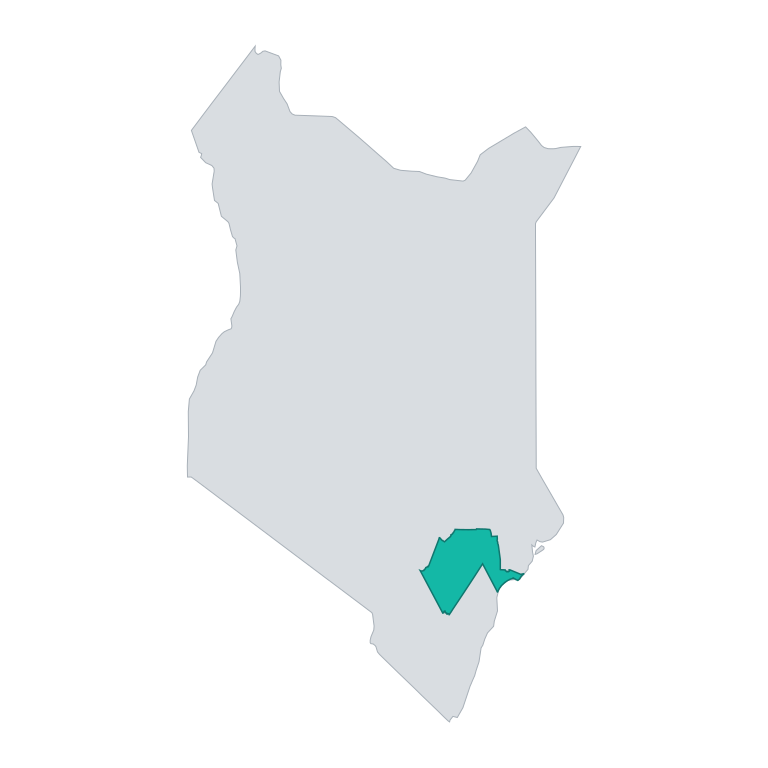 location of Garsen, Coast, Kenya
{"feature_id": "3690345B81879504162306", "entity_name": "Garsen", "entity_type": "district", "adm_level": 2, "iso_a3": "KEN", "parent_name": "Kenya", "parent_adm1": "Coast", "projection": "equal_earth", "projection_center": [39.873, -2.426], "detail": "fine", "context": "in_parent", "style": "filled", "palette": "teal", "viewbox_px": 768, "rotation_deg": 0, "n_neighbors": 0, "source": "geoboundaries", "source_scale": "gbopen_adm2", "svg_char_len": 6800}
<svg xmlns="http://www.w3.org/2000/svg" viewBox="0 0 768 768"><path d="M187.5,477.0L187.3,465.7L188.5,436.9L188.3,411.6L189.4,399.0L194.0,390.9L196.2,385.1L197.7,377.0L200.2,370.3L205.7,364.9L206.6,361.9L212.5,352.9L216.0,341.3L218.6,337.4L221.9,333.7L224.2,331.8L228.1,329.9L231.1,328.8L231.6,327.9L231.9,326.0L230.9,318.8L232.2,316.4L234.2,311.6L236.5,307.2L238.7,304.3L239.8,301.4L240.4,296.3L240.5,292.7L240.5,286.9L239.8,273.6L237.4,262.4L235.8,250.0L237.0,245.9L235.0,238.6L234.1,238.2L232.5,236.6L230.5,229.7L229.0,223.4L228.0,221.8L221.4,216.3L218.2,203.4L214.5,200.5L212.5,187.6L212.1,184.0L214.2,171.1L214.0,168.2L211.8,165.5L205.7,162.7L200.6,157.4L201.3,155.6L201.7,153.6L199.0,152.3L191.4,130.4L201.3,117.2L211.4,103.8L224.2,87.0L236.0,71.4L246.2,58.0L255.2,46.1L255.0,48.4L255.0,51.4L256.2,53.2L258.0,54.5L260.6,53.2L262.9,51.3L265.1,50.9L278.6,55.9L280.9,60.2L280.8,64.9L281.3,68.3L280.3,71.7L279.1,82.0L279.5,91.4L283.5,98.4L287.1,103.9L290.0,111.6L292.2,114.0L295.1,115.2L304.4,115.5L318.3,116.0L331.6,116.5L332.8,116.7L335.6,117.7L347.9,128.1L359.1,137.6L368.6,145.9L377.8,154.0L386.8,161.8L393.7,168.3L400.6,170.3L411.7,171.2L419.4,171.5L426.5,174.2L437.1,176.8L445.0,178.1L449.8,179.6L463.1,181.1L465.2,180.2L471.1,173.0L477.6,161.3L480.2,154.8L488.6,148.4L503.5,139.5L514.0,133.2L525.6,126.9L530.9,132.4L538.2,141.2L541.5,145.5L544.1,147.5L548.1,148.7L552.9,148.8L555.5,148.6L560.9,147.4L573.5,146.4L580.7,146.5L574.7,158.2L567.4,172.2L554.0,198.0L543.9,211.5L536.2,221.8L535.5,223.6L535.5,235.1L535.6,263.0L535.8,319.0L535.9,375.0L536.1,430.9L536.2,458.9L536.2,468.3L542.9,480.1L549.5,491.5L558.3,506.8L563.0,514.9L563.7,517.6L563.5,523.1L556.3,534.5L550.4,539.7L542.5,542.1L540.1,541.7L537.0,540.0L535.8,542.8L534.9,547.0L533.1,546.1L531.8,544.9L532.6,552.4L533.4,556.2L532.2,561.2L528.4,565.6L528.0,569.3L519.7,579.1L507.9,580.2L501.7,585.0L498.9,589.0L496.8,597.7L497.5,610.9L494.3,621.2L493.6,626.3L487.5,632.9L484.8,639.0L482.8,645.2L481.1,647.9L479.0,661.8L476.2,670.2L475.4,673.0L474.7,675.6L472.5,680.5L471.1,683.9L470.1,686.1L462.9,707.7L457.3,717.5L452.9,716.4L450.0,720.1L449.6,721.9L448.1,720.9L444.4,717.4L436.9,710.0L429.3,702.7L421.7,695.4L414.2,688.0L406.6,680.7L399.0,673.4L391.5,666.1L383.9,658.7L379.5,654.4L377.5,651.9L376.0,646.8L375.2,645.6L373.2,644.0L370.8,643.6L370.2,642.7L370.2,640.2L371.0,636.7L373.8,630.0L374.1,626.0L373.5,621.5L372.6,614.3L371.9,612.7L366.9,608.9L356.4,601.0L345.9,593.1L335.4,585.2L324.8,577.3L314.3,569.4L303.8,561.5L293.3,553.6L282.8,545.7L272.3,537.8L261.8,529.9L251.3,522.0L240.8,514.1L230.3,506.2L219.7,498.3L209.2,490.4L198.7,482.5L194.8,479.6L191.2,477.0L187.5,477.0ZM537.0,553.8L535.1,554.4L536.1,550.6L541.5,545.7L543.7,546.8L544.1,547.9L544.0,548.9L543.0,549.9L537.0,553.8Z" fill="#d9dde1" stroke="#a8b0b8" stroke-width="1"/><path d="M439.3,537.7L438.7,539.7L428.7,565.9L428.6,566.0L428.4,566.0L428.3,566.5L428.2,566.6L428.0,566.9L427.9,566.9L427.7,566.8L427.7,566.7L427.5,566.8L427.4,566.7L427.3,566.8L427.2,566.9L426.9,567.0L426.7,567.3L426.4,567.4L426.2,567.5L425.9,567.5L425.7,567.7L425.7,567.8L425.6,568.0L425.5,568.4L425.4,568.5L425.2,568.8L425.0,569.0L424.9,569.2L424.7,569.3L424.7,569.5L424.3,569.8L424.2,569.8L424.1,570.0L423.9,570.3L423.7,570.4L423.7,570.5L423.4,570.5L423.2,570.7L422.8,570.8L422.5,570.9L422.3,571.0L422.0,571.0L421.6,571.0L421.3,571.1L421.1,571.0L421.0,570.9L420.8,570.9L420.7,570.9L420.6,570.7L420.4,570.7L420.2,570.6L442.4,612.4L442.5,612.4L442.6,612.5L442.7,613.0L442.9,613.2L443.0,613.2L443.1,612.9L443.0,612.7L443.2,612.4L443.5,612.3L443.7,612.2L443.9,612.1L444.0,611.8L444.1,611.5L444.2,611.3L444.3,611.3L444.6,611.1L444.9,611.0L445.0,611.0L445.2,611.6L445.3,612.0L445.3,612.3L445.3,612.5L445.6,612.4L445.7,612.5L445.7,612.8L445.8,612.9L446.0,612.7L446.3,612.9L446.5,613.2L446.7,613.6L446.8,613.7L446.8,614.0L447.0,614.1L447.1,613.9L447.3,613.5L447.5,613.5L447.6,613.8L448.0,613.9L448.3,613.7L448.5,613.8L448.7,614.0L448.8,614.1L449.1,614.0L449.4,614.0L449.5,614.0L449.5,614.3L449.6,614.2L449.9,613.6L451.0,612.1L452.5,609.7L463.6,593.0L474.3,576.7L482.6,563.8L496.8,590.8L497.1,591.5L497.2,591.8L497.4,592.0L497.6,592.0L497.7,591.9L497.8,591.6L498.1,591.0L498.9,589.4L499.3,588.7L499.7,588.0L500.2,587.4L500.3,587.3L500.8,586.6L500.9,586.4L500.9,586.2L501.0,586.2L502.5,584.6L502.8,584.4L503.7,583.5L504.2,583.0L504.6,582.8L504.7,582.7L504.8,582.6L504.8,582.4L505.0,582.3L505.3,582.2L506.2,581.5L507.0,581.0L507.5,580.6L508.9,579.9L509.4,579.6L509.9,579.3L510.3,579.2L511.1,578.9L512.1,578.6L512.6,578.5L513.5,578.5L513.7,578.4L513.3,578.1L513.2,578.0L513.2,577.9L513.3,577.9L513.6,578.1L513.8,578.2L514.0,578.4L514.5,578.7L514.6,578.8L515.1,579.0L515.4,579.1L515.6,579.2L515.7,579.3L515.8,579.4L515.9,579.5L516.0,579.7L516.2,579.8L516.4,579.8L516.9,580.0L517.2,580.0L517.3,580.1L517.5,580.2L517.6,580.3L517.8,580.4L518.2,580.1L518.4,580.0L518.5,579.9L518.7,579.7L519.4,579.1L519.6,578.9L519.8,578.7L519.9,578.4L520.3,577.7L520.8,576.9L521.4,576.1L521.7,575.7L522.0,575.5L522.1,575.4L522.4,575.1L522.7,574.8L524.2,573.6L523.1,573.8L522.4,574.0L522.2,574.0L520.8,574.3L520.7,574.3L509.8,569.8L509.7,569.8L509.9,570.0L509.9,570.3L509.8,570.5L509.6,570.6L509.4,570.7L509.4,570.8L509.3,571.0L509.0,571.0L508.9,571.0L508.9,571.3L508.7,571.3L508.3,571.4L508.1,571.6L508.1,571.8L507.9,571.8L507.7,571.8L507.4,571.7L507.2,571.6L506.9,571.7L506.8,571.3L506.6,571.4L506.4,571.4L506.2,571.3L506.1,571.1L505.9,571.0L505.8,570.9L505.7,570.8L505.4,570.7L505.1,570.2L505.1,569.9L500.5,569.7L500.3,569.6L500.3,559.8L500.2,559.4L500.2,559.0L498.4,545.6L498.3,545.3L498.2,544.8L498.1,544.3L497.8,543.7L497.6,543.3L497.7,542.6L497.7,542.4L497.7,542.2L497.6,541.9L497.2,541.0L497.1,540.7L497.1,540.3L497.2,539.7L497.3,539.3L497.3,538.7L497.2,536.9L497.2,536.2L491.5,536.5L491.5,536.1L491.3,534.8L491.1,533.2L490.9,532.5L490.2,530.2L489.8,529.7L489.7,529.5L485.3,529.1L480.8,529.0L476.5,528.9L476.1,529.6L473.2,529.6L468.7,529.7L460.1,529.6L455.2,529.4L455.2,529.6L454.9,530.0L454.7,530.4L454.6,530.5L454.4,530.8L454.0,531.7L453.9,531.9L453.8,532.0L453.6,532.2L453.4,532.4L453.3,532.6L453.2,532.8L452.9,533.1L452.9,533.3L452.8,533.5L452.7,533.6L452.5,533.8L452.4,534.0L452.2,534.0L451.6,534.5L451.3,534.6L451.1,534.7L450.9,534.8L450.9,535.4L451.0,535.4L451.0,535.5L450.9,535.6L450.8,535.8L450.7,536.0L450.6,536.4L450.6,536.5L450.4,536.6L450.2,536.7L450.0,536.9L450.0,537.0L449.8,537.1L449.7,537.2L447.2,539.3L444.5,541.8L443.7,541.3L443.5,541.1L443.0,540.8L442.9,540.8L442.8,540.7L442.7,540.5L442.4,540.5L442.3,540.4L442.1,540.3L441.9,540.2L441.7,540.0L441.6,539.9L441.4,539.7L441.2,539.4L441.1,539.2L440.9,539.0L440.6,538.8L440.6,538.7L440.4,538.4L440.2,538.3L440.0,538.2L439.9,538.1L439.7,538.0L439.6,537.9L439.6,537.7L439.4,537.7L439.3,537.7Z" fill="#14b8a6" stroke="#0f766e" stroke-width="1.5"/></svg>